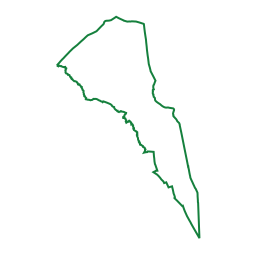 Xonacatlán, México, Mexico (Albers equal-area conic projection), rotated 269°
{"feature_id": "50627088B38909261523609", "entity_name": "Xonacatlán", "entity_type": "district", "adm_level": 2, "iso_a3": "MEX", "parent_name": "Mexico", "parent_adm1": "México", "projection": "albers", "projection_center": [-99.477, 19.442], "detail": "fine", "context": "isolated", "style": "outline", "palette": "green", "viewbox_px": 256, "rotation_deg": 269, "n_neighbors": 0, "source": "geoboundaries", "source_scale": "gbopen_adm2", "svg_char_len": 5688}
<svg xmlns="http://www.w3.org/2000/svg" viewBox="0 0 256 256"><g transform="rotate(269 128 128)"><path d="M192.4,58.5L191.6,58.9L191.2,58.8L191.1,59.1L191.3,59.6L191.0,59.7L191.3,60.2L191.3,60.3L191.5,60.6L191.0,61.7L191.1,62.3L190.7,62.7L190.6,63.0L190.0,64.6L190.2,66.3L189.5,66.5L189.0,67.1L188.6,66.7L188.2,67.1L187.9,66.8L187.3,66.8L187.2,66.6L186.9,66.6L186.7,66.4L185.7,66.6L184.5,66.5L183.6,67.2L183.5,67.7L183.1,68.6L182.2,68.9L182.1,69.7L181.9,70.4L180.2,71.0L179.7,72.0L179.1,71.9L178.9,72.4L178.3,72.4L178.0,73.0L177.7,72.9L177.5,73.3L176.8,73.9L175.7,75.1L175.8,75.7L175.4,76.7L175.1,77.5L174.4,77.7L173.8,78.5L172.9,78.7L172.5,78.7L172.2,79.0L172.2,79.4L172.6,79.9L172.4,80.3L171.9,80.2L171.8,80.5L171.4,80.8L170.4,81.8L170.0,81.8L169.8,82.5L169.0,82.4L168.5,82.8L168.2,82.8L167.5,83.2L167.3,83.1L166.9,83.2L166.0,84.2L165.1,84.2L164.7,84.0L164.2,84.1L163.4,84.4L162.7,84.6L162.4,84.4L161.4,84.9L160.8,84.7L160.5,84.9L160.5,85.4L159.8,85.7L158.7,86.7L157.7,86.2L157.4,86.5L157.5,87.0L157.1,87.7L157.0,88.3L156.9,88.8L157.0,89.3L156.4,91.0L156.6,91.7L156.7,92.3L156.8,92.9L157.7,93.9L157.6,94.2L157.7,94.8L157.6,95.1L157.7,95.8L157.6,96.7L157.3,97.5L157.1,98.1L156.4,98.9L156.2,99.5L155.8,100.5L155.4,100.9L155.1,101.6L154.9,102.0L154.7,102.6L154.8,102.9L154.3,103.2L154.6,103.6L155.0,103.9L154.7,104.8L153.6,107.6L152.9,109.2L152.1,110.9L151.1,112.1L150.1,112.6L149.4,113.7L149.3,114.4L149.2,114.5L148.8,114.4L147.5,115.0L146.3,116.1L146.0,116.8L145.2,117.4L145.3,117.9L144.7,118.0L144.1,119.2L144.4,119.5L144.4,120.4L144.5,120.6L145.0,121.0L145.0,121.4L144.4,122.3L144.4,123.2L144.0,124.5L143.4,125.5L143.2,126.2L142.8,126.0L142.4,126.2L141.3,124.9L140.2,124.6L139.4,124.5L139.5,123.8L139.0,123.3L138.1,123.4L138.0,124.4L137.6,124.9L137.6,125.5L136.6,125.9L136.2,125.9L135.7,126.4L134.9,126.3L134.5,125.9L133.3,126.4L134.0,127.5L134.3,128.9L134.8,128.7L135.3,129.3L135.0,129.7L134.4,129.8L134.3,130.5L133.5,131.1L133.1,131.1L132.9,131.4L132.6,131.4L132.3,131.7L132.0,131.3L131.4,131.4L131.7,132.0L131.3,132.1L131.2,132.8L130.5,133.0L130.2,133.2L129.7,133.2L129.4,133.0L128.6,133.4L127.9,133.5L127.9,133.8L127.8,134.0L127.6,134.0L127.4,134.0L127.2,133.8L127.0,133.4L125.9,133.9L125.8,134.2L124.9,135.3L124.5,136.3L123.7,137.1L123.3,136.7L122.3,137.2L121.9,137.0L121.4,136.8L120.9,137.3L120.6,137.3L120.1,136.8L117.8,137.8L116.1,137.9L115.3,138.4L114.9,138.4L114.5,139.0L113.8,139.2L113.5,138.8L113.0,139.1L113.2,139.3L112.8,139.7L111.7,139.8L111.3,139.7L111.2,139.7L110.9,140.0L110.9,140.5L111.0,140.8L110.9,141.0L110.7,141.1L110.1,141.8L109.9,142.2L109.7,142.6L109.1,142.6L108.9,142.7L108.7,142.8L108.6,143.0L108.4,143.4L108.4,143.7L108.1,144.2L107.8,144.3L107.5,144.5L106.8,144.6L106.6,144.6L106.5,145.0L106.3,145.1L105.7,144.7L105.3,144.6L105.1,144.6L104.8,144.6L103.1,143.6L103.3,144.4L103.4,145.1L103.6,146.6L103.6,146.8L104.2,147.1L104.1,149.0L103.7,153.2L100.5,153.4L98.9,153.5L97.4,153.7L94.2,153.9L91.5,154.3L90.7,154.7L87.3,155.8L84.8,156.6L84.7,155.7L84.8,155.2L84.4,154.5L84.1,154.2L83.8,153.3L83.4,152.6L80.9,156.3L79.4,157.8L77.6,159.3L76.0,160.4L73.9,162.5L72.3,163.2L73.0,165.3L70.5,166.4L67.9,167.5L68.5,169.5L68.9,171.0L65.8,171.7L64.3,172.0L61.6,172.5L60.1,173.1L58.0,173.7L57.8,173.7L57.3,173.2L57.1,173.2L56.7,173.6L54.7,175.6L51.6,178.5L49.0,180.9L49.3,181.5L46.2,182.5L44.2,183.2L41.6,184.3L38.8,185.5L36.6,186.7L35.2,187.4L32.5,188.9L31.2,189.5L28.6,190.9L26.2,192.2L22.6,194.2L19.0,196.2L16.6,197.5L52.1,196.8L52.6,196.6L54.4,196.6L56.5,196.5L58.5,196.4L60.4,196.4L62.2,196.3L66.1,194.6L66.7,194.1L67.7,193.6L68.5,193.3L69.8,192.7L70.0,192.6L70.7,192.3L71.4,192.0L72.6,191.5L73.9,190.9L74.8,190.5L76.0,190.0L76.7,189.7L76.9,189.6L77.8,189.4L78.8,189.3L80.0,189.0L80.6,188.9L81.7,188.7L82.1,188.6L82.3,188.6L85.4,188.1L86.9,187.8L88.4,187.6L88.3,187.4L89.6,187.2L95.2,186.2L107.7,183.9L120.4,181.6L120.9,181.5L123.6,181.0L129.7,179.8L130.4,179.8L130.8,179.6L131.5,179.5L131.9,179.3L132.4,178.9L133.4,177.9L133.9,177.4L134.6,177.1L135.0,176.9L136.0,176.3L136.9,175.5L137.3,175.1L137.8,174.8L138.2,174.3L138.4,174.1L139.1,173.6L139.4,173.5L139.7,173.7L140.1,173.7L140.6,173.5L141.2,173.3L141.6,173.3L141.9,173.3L142.5,173.5L143.5,173.8L144.0,173.9L144.4,174.2L144.8,174.3L145.4,174.4L145.8,174.3L146.3,174.1L146.7,173.7L146.9,173.1L147.0,172.3L147.2,171.4L147.5,169.6L147.8,168.5L147.8,167.6L147.7,166.8L147.8,165.9L148.0,165.1L148.3,164.4L149.0,163.2L149.7,162.2L150.4,161.4L151.1,160.7L151.9,159.5L152.8,158.2L153.4,157.4L154.0,156.7L154.6,156.1L155.0,155.8L155.4,155.6L156.2,155.5L157.5,155.4L157.8,155.1L158.1,154.9L158.4,154.7L158.5,154.6L158.6,154.4L158.8,154.2L159.0,154.2L159.5,154.2L159.8,154.1L160.2,153.9L160.6,153.8L160.8,153.8L161.0,153.9L161.2,154.0L161.4,153.8L161.7,153.5L162.6,153.3L163.7,153.6L164.0,153.6L164.3,153.4L165.7,153.5L165.8,153.6L166.0,154.3L166.1,154.5L166.5,154.4L167.1,154.1L167.8,154.0L169.2,154.0L170.3,154.2L170.8,154.7L172.2,155.2L174.0,155.9L174.8,156.3L176.1,155.7L178.8,154.4L181.6,153.0L184.4,151.6L185.2,151.5L187.9,150.9L191.6,149.9L194.5,149.6L197.4,149.3L200.3,148.9L203.2,148.6L206.0,148.3L208.9,148.1L213.2,147.7L216.1,147.5L219.0,147.1L223.5,146.5L227.3,146.1L231.6,145.7L231.9,145.3L233.4,140.9L234.3,137.9L234.6,133.6L234.4,132.2L234.5,131.3L234.4,129.1L235.4,125.8L235.5,125.8L237.7,121.2L239.4,118.1L238.4,116.6L236.1,112.9L235.7,110.9L235.6,108.3L235.4,107.2L234.5,106.2L234.0,106.0L233.6,105.9L232.2,105.3L230.3,103.2L228.3,101.2L225.3,98.2L223.3,94.0L221.4,89.4L219.5,87.2L217.8,85.4L214.9,82.0L211.9,78.7L210.2,76.5L208.5,74.3L206.4,72.1L205.1,70.7L204.6,70.3L202.9,68.6L200.9,66.6L198.9,64.7L197.6,63.3L195.8,61.6L194.1,60.1L192.4,58.5Z" fill="none" stroke="#15803d" stroke-width="2"/></g></svg>